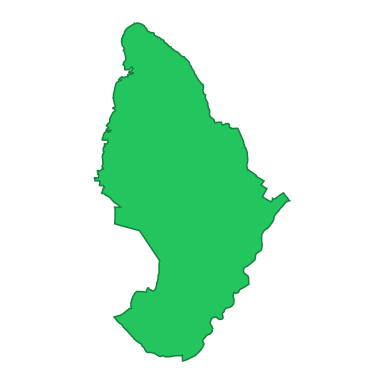 Turcinesti, Gorj, Romania (orthographic projection)
{"feature_id": "2599482B27563461081915", "entity_name": "Turcinesti", "entity_type": "district", "adm_level": 2, "iso_a3": "ROU", "parent_name": "Romania", "parent_adm1": "Gorj", "projection": "orthographic", "projection_center": [23.294, 45.122], "detail": "fine", "context": "isolated", "style": "filled", "palette": "green", "viewbox_px": 384, "rotation_deg": 0, "n_neighbors": 0, "source": "geoboundaries", "source_scale": "gbopen_adm2", "svg_char_len": 5974}
<svg xmlns="http://www.w3.org/2000/svg" viewBox="0 0 384 384"><path d="M248.9,284.2L248.6,278.5L248.4,276.9L247.7,275.8L244.0,273.0L243.5,271.4L243.5,270.2L243.6,269.3L244.0,268.2L245.2,267.0L247.3,266.1L249.2,264.8L254.7,260.1L255.0,259.3L255.4,257.4L255.6,254.9L256.0,254.2L257.1,253.0L260.7,250.6L261.2,250.1L261.6,249.0L262.1,246.1L262.1,244.6L261.6,240.7L261.7,235.4L261.9,234.3L263.6,231.4L264.5,230.2L266.7,228.9L268.2,227.7L271.9,223.0L273.5,220.2L274.3,216.2L274.9,215.2L276.0,213.7L278.9,210.6L279.8,209.1L280.9,207.8L282.4,206.4L286.2,201.9L289.6,200.7L289.0,200.3L287.4,197.9L285.5,195.9L283.7,192.9L282.9,193.2L279.5,195.4L275.4,198.6L273.7,199.2L273.1,199.0L272.5,198.4L272.4,200.3L271.9,200.9L270.9,201.7L267.3,199.8L262.4,196.8L266.9,188.7L261.0,185.1L264.1,181.0L256.0,176.2L256.4,175.5L251.6,172.1L249.9,171.1L249.0,170.0L248.3,170.3L247.8,170.0L247.4,168.0L246.8,166.5L246.9,165.5L246.7,165.0L247.5,162.1L247.8,160.1L247.5,156.0L247.2,154.4L247.4,152.9L246.1,149.0L244.7,146.7L243.2,140.7L237.9,128.5L237.7,128.3L231.2,128.5L230.8,127.7L229.8,127.5L229.3,127.1L229.2,125.8L229.5,125.2L229.5,124.8L228.7,123.9L227.8,123.4L226.7,123.7L225.9,123.5L224.4,124.6L222.3,124.8L221.6,123.2L221.3,122.2L219.6,122.1L214.8,122.7L214.5,122.1L214.3,120.4L213.9,119.7L212.2,118.1L210.6,117.1L209.3,114.3L209.7,113.1L209.6,110.4L209.2,109.2L208.4,107.8L207.8,105.5L207.9,103.2L207.4,102.6L206.8,101.0L206.0,100.2L205.2,97.5L205.6,94.9L204.0,93.9L202.9,91.1L203.0,89.5L203.4,88.3L203.4,85.1L202.9,84.4L202.0,84.1L201.7,83.8L199.1,80.7L196.6,76.9L196.1,75.9L196.1,75.5L195.2,74.5L194.4,73.1L194.1,71.4L192.7,69.8L191.8,68.2L191.8,67.9L191.3,66.5L189.9,65.0L189.2,62.4L188.9,61.8L186.8,59.8L186.5,59.2L185.3,58.8L184.5,56.9L184.0,56.7L182.6,56.6L180.8,55.5L180.3,55.1L179.7,54.0L177.4,51.9L175.0,51.0L174.0,49.9L171.4,48.2L171.0,47.0L169.1,46.3L167.1,44.1L165.4,42.6L164.4,42.5L163.9,41.1L164.0,40.6L163.8,40.1L162.5,40.0L159.3,37.4L158.0,37.4L157.0,36.5L154.5,35.3L154.3,34.9L154.2,33.7L153.6,32.9L152.6,32.6L150.4,32.9L149.6,31.7L148.5,31.7L147.8,31.4L147.2,30.3L146.8,29.1L145.5,27.6L144.9,27.1L144.4,26.0L142.4,24.6L140.6,23.8L138.1,23.0L137.1,23.0L135.2,23.7L134.4,23.2L133.8,24.0L127.5,27.9L125.2,30.5L124.0,34.0L122.8,36.0L122.6,37.4L121.8,38.4L121.8,40.0L121.5,40.9L121.6,41.9L122.0,43.5L122.2,45.4L123.7,47.2L124.3,49.0L123.3,50.6L124.0,51.2L124.2,51.6L125.6,56.5L125.8,58.3L125.7,59.7L125.2,60.7L125.2,61.2L123.8,62.0L123.6,62.2L123.6,63.3L123.0,64.6L124.4,65.7L124.8,67.0L124.6,68.4L124.9,69.8L126.8,69.8L127.7,69.5L129.1,69.7L130.0,69.0L130.5,67.9L131.7,67.1L132.1,67.1L132.4,68.3L133.0,68.5L132.7,69.0L132.0,69.3L131.7,70.8L129.4,71.4L128.8,72.1L128.8,72.7L129.3,72.9L133.2,72.8L133.3,73.3L132.0,74.0L127.8,74.7L127.9,76.5L122.8,77.6L122.0,76.7L121.5,77.3L120.4,77.6L118.9,79.6L121.3,80.1L121.3,80.4L119.3,80.8L117.1,82.1L116.5,82.9L115.8,84.2L115.5,85.8L114.8,88.1L114.5,90.4L113.5,93.6L113.4,97.6L113.0,97.9L113.4,98.4L113.7,100.5L114.5,103.9L115.0,105.0L115.4,106.7L115.1,107.2L113.1,107.6L112.9,107.8L112.9,108.3L113.3,108.8L114.1,108.7L115.3,110.0L115.6,110.7L113.4,112.0L112.8,112.8L109.9,118.4L109.7,119.4L109.7,122.0L109.3,122.9L107.8,123.7L107.3,124.8L106.4,125.4L108.6,128.0L106.7,129.0L106.1,130.2L106.1,130.5L107.1,130.8L109.6,130.3L110.9,130.3L110.4,131.4L109.8,131.8L108.8,132.1L106.9,131.6L106.0,132.1L105.3,132.1L104.6,132.5L103.4,135.1L103.2,137.0L102.6,137.8L102.4,138.7L102.1,139.4L102.2,140.0L102.4,140.1L107.3,140.1L108.0,140.9L108.3,142.0L107.5,142.5L106.7,144.2L104.5,143.7L104.4,145.7L105.0,146.5L104.0,146.8L103.2,148.6L103.1,149.5L103.5,149.9L103.3,151.2L103.3,151.5L104.2,151.9L103.3,153.8L102.7,154.1L102.3,157.2L102.8,159.9L102.9,163.4L103.2,164.1L102.2,165.7L102.0,166.5L102.0,166.8L103.4,168.2L103.6,168.8L103.3,169.2L102.3,168.9L101.7,169.1L100.7,170.7L97.5,170.6L97.4,171.5L98.0,171.5L97.8,174.4L98.7,174.6L99.0,175.1L98.7,176.0L98.7,177.5L98.4,177.8L94.8,177.7L94.6,177.8L94.4,178.2L95.1,178.8L94.8,180.4L95.1,180.8L98.4,180.8L99.9,181.1L99.7,183.6L99.5,184.4L99.6,185.6L103.1,185.5L103.3,185.6L103.4,186.5L104.4,186.9L104.5,187.5L103.1,188.6L102.7,190.4L102.2,191.6L102.1,192.7L101.6,193.1L101.6,193.3L104.5,193.8L105.1,194.4L105.4,195.2L107.5,195.9L109.0,196.8L110.3,197.9L111.4,199.4L114.5,202.6L118.8,205.3L120.4,207.1L117.5,207.1L117.1,207.4L114.6,207.1L115.0,208.8L115.1,211.4L115.0,219.9L114.7,223.7L120.9,225.6L139.6,230.7L159.8,260.9L159.3,262.1L159.0,265.6L159.1,273.5L158.2,275.1L158.1,278.1L157.4,281.7L156.7,282.9L156.2,287.1L155.0,289.9L154.0,290.6L152.8,290.8L149.2,289.3L148.6,287.9L148.1,287.8L147.7,288.0L147.0,289.2L146.2,292.2L143.9,291.7L136.7,291.4L135.1,292.9L133.1,296.3L132.1,299.0L131.7,299.4L131.3,302.2L130.9,302.6L130.8,306.4L131.5,307.8L131.5,308.4L129.3,308.5L128.5,309.4L125.8,311.4L123.3,313.6L120.1,315.3L114.0,317.0L116.3,319.7L117.3,321.2L119.7,323.3L121.0,324.0L122.3,325.2L123.4,327.2L124.5,328.2L125.4,329.4L126.0,329.5L128.3,332.3L130.8,334.9L131.2,335.7L133.6,337.8L134.0,338.8L135.9,340.3L136.4,341.1L137.4,341.6L139.3,343.0L141.6,344.3L142.2,346.3L143.3,346.9L144.0,347.8L144.9,349.2L145.3,350.6L147.0,352.3L148.3,352.6L149.3,352.3L154.1,353.2L159.3,356.3L160.0,356.5L161.0,356.4L163.2,355.5L164.8,356.7L169.5,356.8L175.4,355.7L181.4,355.7L182.3,355.2L182.6,361.0L183.1,361.0L186.8,359.7L195.1,355.7L198.3,352.7L201.1,349.7L202.6,347.3L204.0,344.3L203.9,343.6L202.8,341.5L202.9,340.2L203.3,339.1L205.3,337.3L206.3,335.7L207.0,335.1L209.8,334.1L210.9,333.4L212.1,331.3L212.7,328.4L212.3,327.2L210.9,325.0L210.3,323.3L210.3,322.3L210.6,320.8L211.7,318.6L213.3,317.5L215.1,317.1L216.8,317.3L217.3,318.2L218.6,319.1L219.7,319.4L221.2,319.4L222.6,318.7L223.1,317.8L222.3,313.2L224.1,311.8L224.5,309.9L225.9,308.2L229.8,307.3L231.1,306.7L232.4,305.6L233.5,304.0L233.9,302.1L234.0,299.8L233.8,298.2L233.2,296.8L233.1,296.3L233.5,293.9L234.0,292.5L235.6,293.4L236.5,293.3L237.5,292.9L238.8,291.8L239.7,289.7L243.6,287.6L248.9,284.2Z" fill="#22c55e" stroke="#15803d" stroke-width="1.5"/></svg>